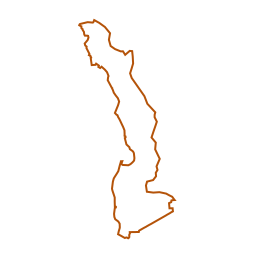 the district of Al Gitaina, White Nile, Sudan, rotated 176°
{"feature_id": "16777658B71030870448904", "entity_name": "Al Gitaina", "entity_type": "district", "adm_level": 2, "iso_a3": "SDN", "parent_name": "Sudan", "parent_adm1": "White Nile", "projection": "natural_earth1", "projection_center": [32.426, 14.401], "detail": "fine", "context": "isolated", "style": "outline", "palette": "amber", "viewbox_px": 256, "rotation_deg": 176, "n_neighbors": 0, "source": "geoboundaries", "source_scale": "gbopen_adm2", "svg_char_len": 2742}
<svg xmlns="http://www.w3.org/2000/svg" viewBox="0 0 256 256"><g transform="rotate(176 128 128)"><path d="M139.3,223.8L144.0,230.4L149.4,234.9L154.2,238.0L155.1,236.1L155.7,235.6L160.9,236.4L168.6,235.1L169.0,234.8L169.4,234.1L169.5,233.9L168.3,233.1L167.4,232.7L167.5,230.9L167.0,230.2L166.4,229.8L166.3,228.7L165.3,227.1L165.1,224.3L164.5,223.1L162.4,223.0L161.4,222.7L161.1,221.0L162.1,218.6L165.3,215.3L164.9,213.3L163.6,212.1L163.9,210.7L161.3,204.6L161.9,203.4L160.5,202.7L160.5,201.8L160.0,201.4L159.8,200.7L160.3,200.2L159.8,193.3L156.0,193.3L155.3,194.4L152.7,192.3L153.3,191.0L151.6,189.8L150.1,191.0L147.1,187.9L146.7,187.4L145.0,185.1L143.8,181.2L144.3,180.1L144.9,177.1L141.4,169.3L141.0,168.9L141.1,168.6L140.4,166.8L139.7,164.2L137.9,161.2L136.0,158.4L135.0,155.0L135.9,152.5L136.2,151.7L136.7,150.6L137.8,148.4L138.7,146.5L140.0,143.9L138.5,142.0L137.7,141.6L137.3,140.6L137.3,140.1L136.0,137.5L135.3,135.8L133.8,131.9L132.8,129.4L131.8,126.3L131.7,125.9L131.8,122.1L132.0,120.4L131.1,119.8L131.1,118.7L131.9,118.2L131.3,115.0L130.7,111.7L129.5,110.4L128.0,108.8L127.6,106.8L125.1,104.7L124.5,104.0L123.9,102.5L123.8,100.2L123.7,97.5L124.2,95.1L125.8,93.5L127.2,92.4L127.6,92.1L128.2,91.7L130.3,90.8L134.1,91.3L135.4,91.4L135.8,91.5L137.2,92.5L136.0,95.3L137.3,95.3L137.3,95.2L137.4,94.9L137.5,94.8L137.5,94.7L138.6,91.8L139.1,90.4L140.2,87.1L140.7,85.6L142.4,83.2L144.7,80.1L145.7,78.7L146.8,75.6L147.4,72.6L147.7,71.1L148.2,68.5L148.0,67.3L147.8,66.3L146.9,62.8L146.1,59.6L146.4,55.5L146.6,50.6L145.8,50.5L145.5,50.1L145.7,49.5L146.7,49.2L147.7,44.3L147.9,43.3L147.8,40.2L147.1,37.9L144.2,35.4L143.0,33.1L143.1,29.5L143.3,28.6L144.4,25.7L145.0,23.7L145.3,22.7L144.5,22.2L141.8,20.5L141.7,20.4L138.8,18.5L137.8,18.8L137.1,18.9L136.3,18.6L135.8,18.1L135.3,18.0L134.9,18.4L134.4,18.9L134.3,19.6L134.2,20.3L134.3,21.0L133.9,22.0L133.6,22.4L133.4,22.9L133.5,23.6L133.5,24.0L127.9,23.7L124.5,23.5L124.4,23.9L124.2,24.3L124.1,24.8L122.4,25.7L122.2,25.7L121.9,25.9L119.0,27.3L116.7,28.3L116.2,28.6L114.3,29.5L113.5,29.9L112.1,30.5L96.1,38.2L95.4,38.6L92.2,40.1L90.8,40.9L89.6,41.4L89.0,41.7L89.1,44.6L89.1,44.8L92.2,45.0L92.3,50.2L90.1,51.0L89.7,52.7L89.1,52.8L88.3,52.9L86.5,52.9L87.2,53.9L88.7,56.3L91.9,58.2L94.5,59.9L101.1,61.8L107.3,61.8L113.6,63.1L114.1,69.4L112.7,73.2L106.6,74.3L103.4,77.9L103.4,81.4L101.5,84.1L102.2,87.7L98.5,95.0L100.3,99.5L102.4,104.8L101.3,111.5L105.2,116.9L102.4,123.7L100.6,127.9L98.8,132.3L99.2,133.3L100.7,136.9L100.5,139.4L99.7,141.7L105.3,148.7L107.0,150.8L109.4,158.6L120.8,177.6L122.1,182.4L120.2,187.2L118.4,192.0L118.3,199.1L118.5,204.4L120.9,204.8L125.7,201.2L127.7,204.9L129.8,204.9L135.4,207.6L139.6,211.0L140.9,217.3L139.3,223.8Z" fill="none" stroke="#b45309" stroke-width="2"/></g></svg>